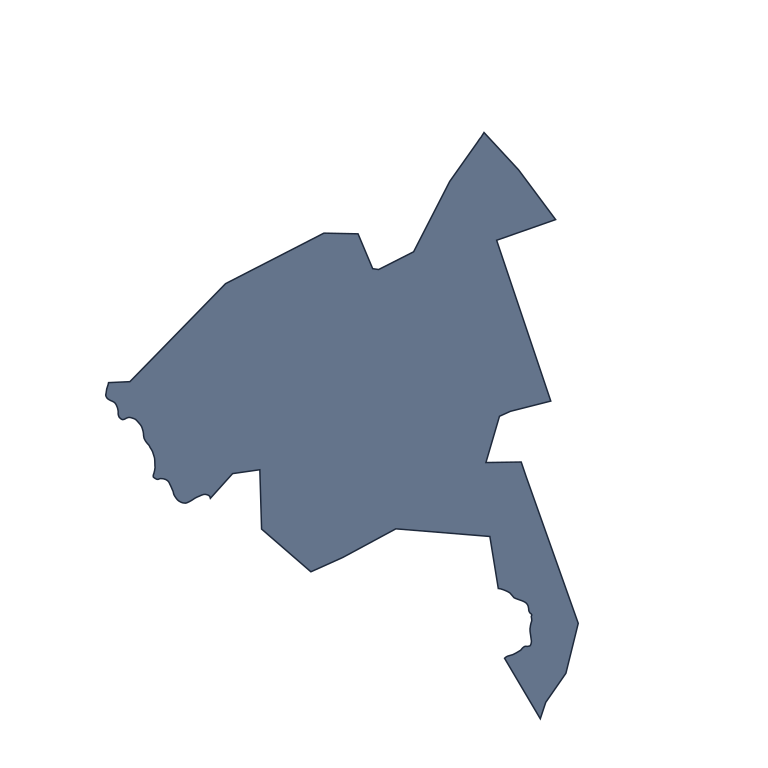 the district of Trinidad, Santa Bárbara, Honduras, rotated 108°
{"feature_id": "27666195B30534967485029", "entity_name": "Trinidad", "entity_type": "district", "adm_level": 2, "iso_a3": "HND", "parent_name": "Honduras", "parent_adm1": "Santa Bárbara", "projection": "mercator", "projection_center": [-88.214, 15.162], "detail": "fine", "context": "isolated", "style": "filled", "palette": "slate", "viewbox_px": 768, "rotation_deg": 108, "n_neighbors": 0, "source": "geoboundaries", "source_scale": "gbopen_adm2", "svg_char_len": 6027}
<svg xmlns="http://www.w3.org/2000/svg" viewBox="0 0 768 768"><g transform="rotate(108 384 384)"><path d="M654.1,131.9L636.8,131.8L602.9,121.6L551.6,125.3L428.0,220.3L415.8,229.4L427.2,262.8L379.0,264.2L370.9,255.3L348.7,220.1L212.5,321.3L174.6,271.6L138.8,322.1L113.9,366.6L114.9,366.8L115.8,367.1L116.7,367.3L117.5,367.5L118.4,367.7L118.8,367.8L119.3,367.9L120.4,368.4L122.8,369.2L123.2,369.3L124.4,369.6L171.0,384.1L249.1,396.7L276.8,424.5L277.8,430.4L249.2,455.1L259.1,487.8L337.5,565.7L427.8,610.3L460.3,626.4L467.8,646.4L468.8,646.3L469.6,646.2L470.5,646.2L471.4,646.2L473.1,646.2L473.5,646.2L473.9,646.2L474.5,646.2L475.5,646.0L476.9,645.8L477.9,645.6L480.1,645.3L480.3,645.3L480.5,645.2L481.0,645.0L481.4,644.7L481.8,644.4L482.2,644.0L482.6,643.5L483.0,643.1L483.2,642.6L483.4,642.2L483.6,641.8L483.7,641.5L483.9,640.5L484.0,640.0L484.1,639.5L484.2,639.1L484.3,637.8L484.4,636.9L484.5,636.3L484.6,635.5L484.9,634.8L485.0,634.5L485.1,634.2L485.3,633.9L485.4,633.6L485.7,633.3L486.0,632.9L486.3,632.5L486.6,632.2L487.2,631.7L487.6,631.3L488.3,630.7L488.7,630.4L489.2,630.0L489.7,629.7L490.9,629.0L491.9,628.5L492.3,628.3L492.7,628.2L492.9,628.1L494.0,627.8L494.3,627.7L494.7,627.5L495.0,627.4L495.4,627.2L495.7,627.0L496.1,626.7L496.4,626.5L496.7,626.2L497.1,625.9L497.4,625.6L497.6,625.3L497.7,625.0L498.0,624.5L498.2,624.1L498.3,623.8L498.5,623.3L498.6,622.9L498.6,622.5L498.7,622.2L498.7,621.9L498.7,621.7L498.5,621.2L498.3,620.9L498.1,620.5L497.8,620.1L497.4,619.7L497.1,619.3L496.1,618.5L495.8,618.0L495.5,617.7L495.2,617.3L494.9,616.9L494.8,616.6L494.6,616.2L494.5,615.9L494.4,615.5L494.3,615.1L494.3,614.9L494.2,614.2L494.2,613.5L494.2,612.7L494.2,611.9L494.2,611.4L494.3,610.4L494.4,609.6L494.5,609.4L494.5,609.1L494.8,608.7L495.0,608.2L495.6,607.1L496.2,606.1L496.8,605.1L497.7,603.6L498.1,603.0L498.4,602.6L498.7,602.3L499.0,601.9L499.3,601.5L499.8,601.1L500.3,600.7L500.8,600.3L501.4,599.9L502.1,599.4L502.7,599.0L503.8,598.3L504.6,597.9L505.4,597.5L505.8,597.3L506.7,597.0L507.4,596.7L507.9,596.4L508.4,596.2L509.2,595.7L509.6,595.5L510.0,595.2L510.4,594.8L510.9,594.3L511.4,593.8L512.1,593.0L512.9,591.9L513.2,591.4L513.6,590.9L513.9,590.4L514.5,589.2L514.7,588.9L514.9,588.6L515.4,588.0L516.7,586.8L517.0,586.4L517.5,585.8L518.5,584.6L519.1,584.0L519.8,583.3L520.1,583.0L520.6,582.7L523.1,580.9L524.5,579.9L525.1,579.5L525.5,579.3L525.9,579.1L527.1,578.6L528.1,578.2L529.2,577.8L531.4,577.0L532.3,576.7L533.5,576.2L534.2,575.9L534.8,575.8L535.7,575.7L536.7,575.5L537.7,575.4L539.4,575.3L539.8,575.2L540.2,575.2L540.9,575.3L541.5,575.3L541.9,575.2L542.3,575.2L542.8,575.1L543.1,574.9L543.5,574.8L543.6,574.7L543.8,574.6L543.9,574.4L544.0,574.2L544.2,573.5L544.5,572.6L544.7,571.5L544.8,570.9L544.8,570.7L544.8,570.4L544.7,570.0L544.6,569.6L544.5,569.4L544.4,569.2L544.2,569.0L544.1,568.8L543.8,568.5L543.6,568.3L543.4,568.1L543.3,567.9L543.1,567.5L542.9,567.0L542.8,566.5L542.6,565.8L542.4,564.9L542.3,564.4L542.3,563.6L542.3,562.8L542.3,562.1L542.4,561.5L542.6,560.9L542.7,560.3L542.9,559.9L543.0,559.6L543.2,559.3L543.4,558.9L543.7,558.5L543.9,558.2L544.6,557.5L545.6,556.6L546.6,555.6L547.8,554.5L550.0,552.6L551.2,551.5L551.5,551.3L552.0,551.0L552.3,550.8L553.0,550.4L553.4,550.2L553.6,550.0L553.9,549.8L554.2,549.5L554.6,549.2L554.9,548.8L555.3,548.4L556.0,547.5L556.8,546.5L557.0,546.1L557.6,545.3L557.9,544.8L558.1,544.3L558.3,544.0L558.4,543.6L558.6,543.3L558.7,542.8L558.8,542.4L558.9,541.9L559.0,541.4L559.1,540.9L559.2,540.1L559.2,539.3L559.2,538.7L559.2,538.4L559.1,538.0L559.0,537.6L558.9,537.0L558.8,536.7L558.7,536.1L558.6,535.9L558.5,535.7L558.4,535.6L558.1,535.0L557.9,534.8L557.5,534.3L556.9,533.7L555.9,532.6L555.1,531.9L554.6,531.4L553.9,530.8L553.4,530.4L552.9,530.0L551.9,529.2L551.5,528.9L550.8,528.3L550.3,527.8L549.4,526.9L548.0,525.3L547.5,524.7L546.0,523.1L545.6,522.5L545.2,522.0L544.8,521.4L544.6,521.0L544.4,520.4L544.2,519.9L544.1,519.5L544.1,518.9L544.0,518.3L544.0,517.5L544.1,516.8L544.2,516.3L544.3,515.9L544.4,515.6L544.6,515.3L544.8,515.0L545.1,514.7L545.4,514.5L546.1,514.0L546.4,513.8L516.0,500.3L503.9,475.6L559.8,455.6L585.2,395.5L561.7,369.6L518.1,328.0L496.3,236.2L543.2,212.1L543.0,211.5L543.0,210.9L542.9,210.4L542.8,209.9L542.8,209.1L542.8,208.3L542.8,207.4L542.8,206.7L542.9,205.8L542.9,205.2L543.0,204.3L543.1,203.3L543.3,201.9L543.5,201.0L543.7,200.0L543.8,199.7L544.2,199.0L545.4,197.0L546.9,194.6L547.0,194.4L547.1,194.2L547.1,193.9L547.2,193.5L547.2,193.1L547.3,192.6L547.4,190.0L547.5,186.3L547.5,185.8L547.7,183.9L547.8,183.3L547.9,182.7L548.1,182.1L548.2,181.6L548.4,181.2L548.6,180.8L548.8,180.4L549.1,180.0L549.4,179.6L549.7,179.2L550.0,178.9L550.2,178.7L550.4,178.5L550.9,178.2L551.4,177.9L551.9,177.6L552.6,177.2L553.0,177.0L554.1,176.6L554.6,176.3L555.0,176.1L555.5,175.7L555.8,175.3L556.0,175.2L556.3,174.8L556.5,174.6L556.6,174.4L556.8,174.1L556.9,173.6L557.0,173.3L557.1,173.2L557.2,172.9L557.4,172.7L557.5,172.5L557.7,172.3L557.9,172.2L558.1,172.1L558.5,172.0L559.1,172.1L559.5,172.1L559.9,172.0L560.1,171.9L560.4,171.7L560.8,171.5L561.2,171.3L561.5,171.1L562.0,170.9L562.8,170.6L563.6,170.3L564.2,170.3L565.0,170.3L566.0,170.3L567.2,170.2L568.3,170.1L569.4,169.9L570.4,169.7L571.3,169.6L572.1,169.4L572.5,169.2L573.1,169.0L573.8,168.8L574.2,168.6L575.3,168.1L577.1,167.2L582.0,164.8L582.5,164.5L582.9,164.4L583.4,164.2L583.9,164.1L584.6,164.0L585.2,163.9L585.8,163.9L586.3,163.9L587.0,164.0L587.3,164.0L587.6,164.1L587.9,164.3L588.0,164.4L588.1,164.5L588.7,165.5L589.0,166.0L589.1,166.3L589.3,166.6L589.4,166.9L589.4,167.2L589.6,168.0L589.7,168.4L589.9,168.7L590.0,168.9L590.3,169.2L590.4,169.4L590.6,169.5L590.8,169.7L591.2,170.0L591.7,170.3L592.3,170.7L592.6,170.8L593.0,171.0L593.6,171.2L594.3,171.5L594.5,171.5L594.8,171.7L595.4,172.1L595.8,172.5L596.5,173.1L597.3,173.8L599.0,175.3L599.8,176.1L600.2,176.5L601.0,177.3L601.4,177.7L601.8,178.2L602.6,179.4L603.5,180.7L604.4,182.0L604.6,182.3L605.7,183.4L605.9,183.5L606.1,183.7L606.6,184.0L606.9,184.2L607.6,184.6L654.1,131.9Z" fill="#64748b" stroke="#1e293b" stroke-width="1.5"/></g></svg>